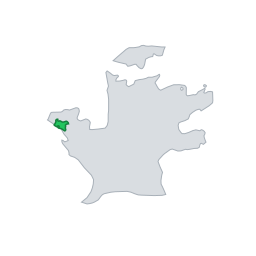 Lankaran District, Lankaran, Azerbaijan (highlighted), rotated 126°
{"feature_id": "54616110B2076465815790", "entity_name": "Lankaran District", "entity_type": "district", "adm_level": 2, "iso_a3": "AZE", "parent_name": "Azerbaijan", "parent_adm1": "Lankaran", "projection": "equal_earth", "projection_center": [48.748, 38.769], "detail": "fine", "context": "in_parent", "style": "filled", "palette": "green", "viewbox_px": 256, "rotation_deg": 126, "n_neighbors": 0, "source": "geoboundaries", "source_scale": "gbopen_adm2", "svg_char_len": 4234}
<svg xmlns="http://www.w3.org/2000/svg" viewBox="0 0 256 256"><g transform="rotate(126 128 128)"><path d="M168.8,197.9L167.9,197.8L161.4,199.4L160.1,198.9L154.6,191.7L153.4,190.9L151.1,190.5L149.7,189.3L148.5,187.4L147.9,185.9L142.2,182.0L141.4,180.6L141.3,179.3L142.1,178.2L143.1,177.2L145.9,176.2L149.1,175.4L150.1,174.8L150.7,173.8L150.6,172.1L150.1,170.4L145.5,167.5L145.0,166.2L144.8,164.6L145.1,162.9L145.8,161.7L149.6,159.9L151.7,158.1L150.4,156.1L146.3,151.4L141.5,146.4L138.2,146.3L134.5,147.8L128.5,152.1L125.2,154.0L120.9,157.1L116.2,160.5L112.3,164.1L109.9,167.1L105.6,168.4L103.4,170.9L96.1,178.5L94.1,178.4L94.0,174.6L94.2,171.7L93.7,170.0L91.4,167.6L91.4,166.6L92.0,166.0L93.8,166.4L96.1,166.2L97.2,165.3L94.8,162.2L92.6,160.2L90.8,158.8L90.4,157.9L90.4,157.4L90.8,156.6L94.0,155.0L94.3,153.4L94.1,151.7L89.1,149.1L85.4,150.0L82.1,147.2L80.0,144.9L77.3,142.6L74.9,141.3L72.7,138.3L68.7,135.2L66.2,134.3L66.2,133.9L66.7,133.3L67.8,132.8L74.9,132.9L75.8,132.4L76.2,131.1L77.2,129.1L78.4,126.2L78.3,123.8L71.3,119.9L66.1,116.4L62.6,111.6L60.3,107.3L60.4,105.9L61.1,104.5L66.7,100.6L67.1,99.5L67.0,98.8L65.0,96.8L62.6,94.7L61.8,93.2L60.3,92.4L57.3,92.4L52.2,89.8L51.1,89.5L50.9,89.0L51.1,88.5L54.8,87.5L54.8,86.6L53.7,85.5L51.6,84.7L49.8,82.6L49.1,80.8L55.9,75.5L57.9,74.4L62.2,75.4L71.2,78.9L70.6,80.9L71.5,82.0L73.6,83.5L77.5,85.0L80.9,85.8L82.6,85.2L85.2,84.6L88.6,86.3L91.7,88.6L93.2,89.5L94.1,89.8L96.4,89.0L99.3,86.1L100.5,82.7L100.8,81.0L99.2,78.7L95.8,76.2L92.0,74.0L89.6,72.0L88.0,68.2L86.5,67.8L86.1,67.3L85.8,66.0L85.9,64.2L86.5,62.8L88.0,62.2L89.6,62.0L91.0,60.6L92.8,58.0L93.6,56.6L96.9,57.4L97.3,59.7L97.9,60.2L99.3,60.0L101.6,59.0L103.4,59.7L105.7,62.5L108.9,65.5L110.7,67.4L111.3,68.8L113.0,70.1L115.4,71.7L117.3,74.1L119.0,79.8L120.7,81.2L127.0,83.3L129.2,83.8L135.4,84.5L137.5,84.0L140.7,79.1L143.6,74.0L146.3,73.0L151.1,70.5L154.0,68.2L155.2,65.8L157.9,61.1L159.6,58.4L162.4,60.8L167.3,67.1L174.3,77.5L176.1,80.4L177.2,83.8L178.2,87.9L179.8,91.5L187.0,100.8L190.1,104.2L195.1,108.6L196.9,109.5L199.3,109.8L203.6,109.8L207.6,111.6L209.6,112.8L211.6,114.5L213.5,116.5L215.3,122.0L208.4,120.2L201.4,120.5L197.5,121.6L193.7,123.2L190.0,125.5L187.7,129.8L185.8,140.0L183.0,149.5L183.1,153.9L184.4,158.1L184.2,160.1L182.9,161.0L181.3,162.8L179.1,171.5L178.1,173.3L176.7,174.4L176.3,173.3L176.4,171.0L173.3,169.0L171.7,171.3L170.6,176.1L168.3,181.2L168.2,182.2L168.8,197.9ZM65.7,108.2L66.1,106.9L65.2,106.3L64.3,106.2L63.5,106.9L63.4,108.6L64.5,108.9L65.7,108.2ZM42.2,147.7L41.1,146.3L40.7,145.6L43.8,144.9L48.9,143.0L50.3,143.9L51.8,145.9L52.5,147.5L52.6,150.5L53.2,151.0L55.7,150.0L56.8,151.2L58.7,152.7L62.0,154.2L66.9,151.9L69.3,151.3L71.3,151.3L72.3,152.1L72.7,154.4L72.2,157.3L71.7,158.9L72.6,160.1L76.6,162.9L78.2,164.5L77.4,167.2L80.2,173.8L81.2,176.4L82.3,179.6L76.3,178.3L65.4,175.7L62.4,174.3L59.7,170.6L58.0,168.8L55.6,166.5L53.5,165.6L52.0,164.0L51.2,161.7L49.9,159.6L47.7,157.1L42.8,148.6L42.2,147.7ZM49.6,91.5L48.9,92.0L47.9,91.5L47.6,90.5L47.7,89.4L48.7,89.1L49.6,89.4L49.8,90.4L49.6,91.5Z" fill="#d9dde1" stroke="#a8b0b8" stroke-width="1"/><path d="M168.8,184.7L168.9,184.4L168.7,183.5L168.4,183.1L168.2,182.5L167.9,181.9L167.7,181.1L167.7,180.1L167.6,179.3L167.6,178.8L167.6,178.1L167.6,177.8L167.6,177.7L167.3,177.3L167.1,177.2L166.7,177.2L166.3,177.2L166.1,177.3L165.8,177.6L165.6,177.7L165.4,178.2L165.1,178.4L164.8,178.6L164.2,179.1L163.6,179.3L163.2,179.5L163.1,179.8L162.6,180.1L162.4,180.3L161.9,180.2L161.3,180.1L161.1,180.0L160.8,179.8L160.5,179.4L160.1,179.2L159.8,178.8L159.6,178.6L159.3,179.0L159.0,179.2L158.8,179.7L158.7,180.3L158.6,181.2L158.8,181.9L159.5,182.5L160.4,183.1L161.1,183.7L161.7,184.4L161.9,185.4L162.0,186.1L162.0,186.6L162.3,187.4L162.7,187.7L162.9,187.8L163.0,187.8L163.4,188.4L163.3,189.0L162.7,189.6L162.2,189.9L162.3,190.2L162.6,190.5L163.1,190.9L163.7,191.0L164.6,190.7L165.0,190.1L165.9,189.9L166.8,189.7L167.3,189.6L168.0,189.6L168.5,189.7L168.9,189.6L169.0,189.5L169.1,189.1L169.1,188.4L169.0,187.8L169.0,187.3L169.0,187.0L168.8,186.5L168.8,186.0L168.7,185.7L168.3,186.1L167.9,186.2L167.7,186.0L167.5,185.9L167.0,185.4L167.0,185.2L167.3,184.5L167.7,184.3L168.2,184.3L168.4,184.5L168.8,184.7Z" fill="#22c55e" stroke="#15803d" stroke-width="1.5"/></g></svg>